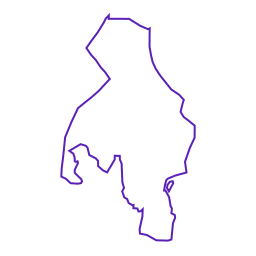 the district of Yonan, Hwanghae-namdo, North Korea
{"feature_id": "82179303B35883429877711", "entity_name": "Yonan", "entity_type": "district", "adm_level": 2, "iso_a3": "PRK", "parent_name": "North Korea", "parent_adm1": "Hwanghae-namdo", "projection": "equal_earth", "projection_center": [126.071, 37.915], "detail": "fine", "context": "isolated", "style": "outline", "palette": "violet", "viewbox_px": 256, "rotation_deg": 0, "n_neighbors": 0, "source": "geoboundaries", "source_scale": "gbopen_adm2", "svg_char_len": 1544}
<svg xmlns="http://www.w3.org/2000/svg" viewBox="0 0 256 256"><path d="M61.3,176.6L65.8,178.7L66.7,179.5L70.6,183.2L77.9,183.7L81.1,183.1L82.0,181.3L81.3,179.3L74.8,172.9L74.7,170.0L78.0,163.0L77.5,161.3L75.9,161.9L74.8,161.3L74.5,156.8L73.3,153.7L69.3,150.8L80.6,144.2L82.7,144.8L85.9,145.8L87.5,147.6L89.3,155.0L95.7,158.3L98.1,161.0L98.1,166.1L103.2,170.5L107.1,172.4L114.7,159.6L114.8,155.7L118.8,155.9L119.8,155.9L119.9,159.6L121.6,163.6L122.4,182.4L124.0,187.9L122.2,191.3L124.3,197.4L127.2,199.1L128.6,203.0L132.6,205.3L133.5,205.0L133.4,208.2L137.4,208.5L138.5,211.5L140.8,211.2L142.7,209.3L142.4,216.4L139.6,229.2L139.6,229.8L140.0,233.6L142.0,234.0L146.9,235.0L156.3,240.3L168.1,240.6L171.4,239.5L173.0,223.1L175.1,217.8L174.8,215.0L171.4,213.3L171.9,208.5L170.6,206.1L169.1,197.2L165.5,190.5L164.1,190.5L165.1,184.5L166.3,180.1L167.9,178.6L175.1,175.6L186.5,172.5L185.0,161.8L189.8,148.0L194.6,137.7L194.7,125.7L188.4,120.5L183.7,117.0L180.6,111.9L182.2,105.0L183.8,99.8L179.1,94.7L171.3,89.5L160.3,75.7L155.7,68.8L152.6,61.9L151.0,55.0L149.5,46.4L149.6,41.3L149.6,34.4L149.7,30.9L149.7,28.4L148.1,29.2L140.2,25.8L129.2,18.9L119.8,18.8L115.0,18.8L108.7,18.8L108.8,15.4L105.6,18.8L104.0,22.2L100.8,27.4L97.6,32.5L91.2,41.1L86.4,48.0L91.1,54.9L95.8,60.0L100.4,66.9L105.1,72.1L109.8,79.0L105.0,84.1L98.7,91.0L90.7,97.9L84.3,103.0L78.0,108.1L71.5,121.9L65.1,137.4L63.4,154.6L61.7,168.3L61.3,176.6ZM173.2,183.2L172.7,181.2L169.8,181.8L167.5,184.9L167.0,187.9L168.9,191.3L173.2,183.2Z" fill="none" stroke="#5b21b6" stroke-width="2"/></svg>